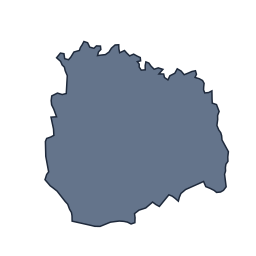 outline of Cunha Porã, Santa Catarina, Brazil, rotated 77°
{"feature_id": "56859067B33782804685423", "entity_name": "Cunha Porã", "entity_type": "district", "adm_level": 2, "iso_a3": "BRA", "parent_name": "Brazil", "parent_adm1": "Santa Catarina", "projection": "natural_earth1", "projection_center": [-53.207, -26.879], "detail": "fine", "context": "isolated", "style": "filled", "palette": "slate", "viewbox_px": 256, "rotation_deg": 77, "n_neighbors": 0, "source": "geoboundaries", "source_scale": "gbopen_adm2", "svg_char_len": 1881}
<svg xmlns="http://www.w3.org/2000/svg" viewBox="0 0 256 256"><g transform="rotate(77 128 128)"><path d="M137.1,214.5L152.9,215.2L155.0,217.7L159.7,220.5L166.8,216.8L169.5,214.5L173.5,211.3L185.3,205.8L188.7,203.9L194.0,203.2L197.6,202.1L201.0,202.3L206.2,203.4L214.7,185.7L216.3,182.5L217.6,177.4L216.6,171.2L215.8,166.3L216.2,162.0L216.7,157.4L218.1,152.9L219.6,149.7L222.2,146.6L221.8,142.6L217.0,141.3L212.9,140.9L210.5,135.8L209.9,128.7L205.7,120.7L208.8,118.1L211.5,115.1L202.3,103.2L204.4,100.2L206.9,98.1L210.6,95.4L207.1,93.6L203.7,91.2L200.9,85.7L197.1,66.4L202.6,65.4L205.2,61.7L208.2,58.1L210.7,56.2L211.2,52.2L210.2,49.0L207.4,45.6L194.7,44.3L191.8,42.6L188.5,42.0L185.4,40.8L182.9,38.1L178.7,37.3L173.7,35.5L160.8,39.1L156.6,38.5L153.5,38.7L150.3,40.0L145.5,40.8L139.9,38.7L136.0,37.9L132.4,35.5L128.7,36.0L125.1,36.5L122.7,40.3L118.3,39.5L114.6,38.7L110.7,37.9L111.6,41.5L111.1,45.3L107.9,45.8L105.0,45.0L101.6,43.8L98.5,44.7L96.0,47.5L93.8,51.3L91.0,49.2L87.4,49.4L87.3,53.0L88.0,56.7L88.7,61.3L84.5,63.4L81.4,66.7L85.2,70.1L86.5,75.4L90.1,78.3L87.0,81.1L83.4,81.1L82.3,85.7L78.7,80.8L76.2,85.0L76.6,89.3L73.0,91.6L69.4,93.1L67.6,95.7L71.0,97.2L75.2,98.1L74.6,102.1L71.1,103.4L68.3,102.7L65.4,104.0L65.4,100.6L62.1,100.2L60.0,102.9L57.3,105.9L58.1,110.2L54.8,112.3L51.7,114.0L52.8,119.2L48.9,119.1L44.8,118.3L44.2,121.9L46.5,126.2L49.7,129.4L51.4,133.5L50.9,137.8L50.6,141.4L47.2,139.6L45.4,136.8L42.0,136.4L40.9,140.3L42.7,143.3L40.6,147.1L35.8,148.2L33.8,151.5L36.7,154.0L38.9,156.3L41.5,157.9L41.8,163.6L46.1,167.8L48.1,170.6L46.2,174.1L41.2,173.7L39.8,177.0L43.5,181.8L47.9,178.7L51.7,178.0L54.4,176.3L58.1,176.3L63.4,175.4L80.5,180.4L80.6,184.6L78.1,188.9L79.6,195.1L84.0,196.7L88.2,197.2L92.9,196.1L101.0,195.1L100.1,200.6L112.2,200.8L118.5,201.9L119.4,205.3L119.9,209.6L122.5,211.5L137.1,214.5Z" fill="#64748b" stroke="#1e293b" stroke-width="1.5"/></g></svg>